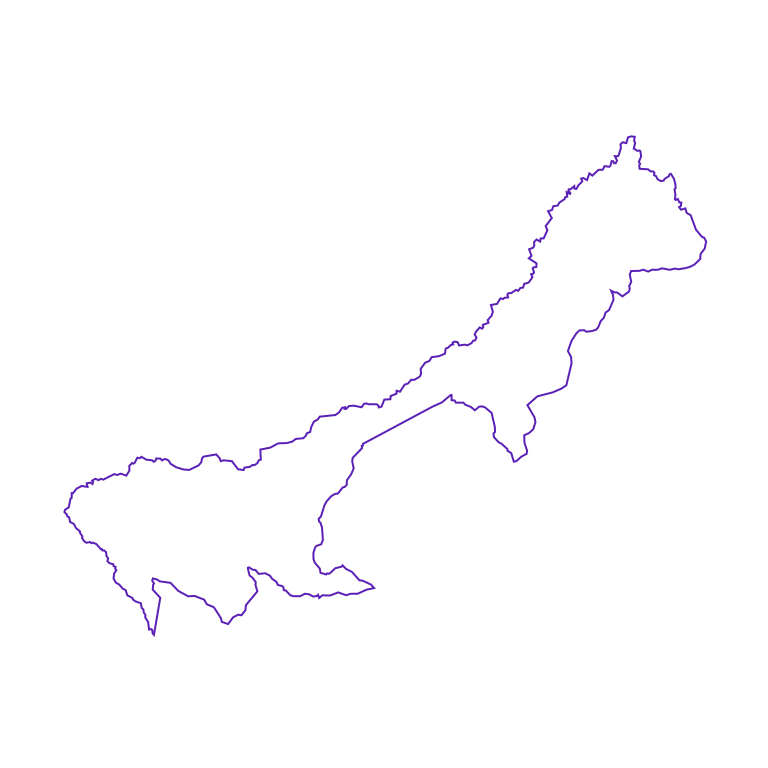 Mira, Carchi, Ecuador, rotated 100°
{"feature_id": "8360857B23467138047954", "entity_name": "Mira", "entity_type": "district", "adm_level": 2, "iso_a3": "ECU", "parent_name": "Ecuador", "parent_adm1": "Carchi", "projection": "mercator", "projection_center": [-78.218, 0.717], "detail": "fine", "context": "isolated", "style": "outline", "palette": "violet", "viewbox_px": 768, "rotation_deg": 100, "n_neighbors": 0, "source": "geoboundaries", "source_scale": "gbopen_adm2", "svg_char_len": 6156}
<svg xmlns="http://www.w3.org/2000/svg" viewBox="0 0 768 768"><g transform="rotate(100 384 384)"><path d="M671.0,567.0L633.4,567.2L626.7,576.0L622.2,576.5L620.3,575.9L618.0,578.1L615.6,577.8L616.0,573.2L617.3,570.8L616.9,559.7L623.5,550.6L627.1,539.9L625.6,533.8L627.6,523.7L631.7,520.2L633.3,513.1L634.4,511.8L643.0,503.9L646.4,502.4L647.5,495.9L640.0,492.1L636.5,487.5L636.5,484.2L630.8,481.2L625.8,481.6L610.2,472.7L603.9,475.8L601.4,475.9L597.7,479.7L595.9,483.1L589.7,485.9L588.5,486.1L588.0,485.1L589.7,481.1L589.5,478.4L592.8,474.3L591.0,468.1L592.6,463.0L595.3,460.3L597.6,455.5L600.3,453.7L600.7,449.2L601.5,447.8L604.4,446.9L604.4,444.9L608.2,439.7L608.7,436.5L607.6,429.9L604.3,425.4L604.1,421.4L605.6,416.8L604.5,413.4L603.0,412.3L606.0,410.7L602.8,408.0L601.7,400.5L597.2,392.9L598.6,384.5L596.4,380.5L595.1,373.5L589.6,365.5L586.7,358.3L583.8,361.9L581.4,370.9L581.6,374.1L574.7,382.8L572.6,389.5L569.8,393.3L571.2,394.0L573.9,400.0L580.2,404.7L580.5,407.3L581.6,407.8L581.0,413.7L576.9,415.2L572.1,421.0L568.7,423.0L562.6,424.2L556.7,423.4L555.2,422.4L552.7,418.0L548.2,417.1L536.1,420.1L531.7,422.5L530.6,424.1L528.1,424.9L525.4,423.1L513.8,421.6L509.5,420.1L503.8,416.6L500.8,413.2L499.8,410.3L492.9,406.6L492.4,405.0L489.9,403.2L485.2,403.8L478.7,400.7L472.4,399.2L465.7,401.9L462.1,402.0L451.0,394.5L448.8,395.2L448.2,394.1L446.6,394.3L397.8,332.2L392.0,323.7L383.1,316.3L383.2,315.5L388.2,314.6L388.0,311.5L389.9,310.0L388.6,302.6L390.3,300.3L391.5,294.4L394.1,290.0L389.7,286.2L389.0,283.2L389.5,280.4L393.8,273.0L407.0,267.4L411.9,266.3L413.8,267.6L417.2,266.5L421.4,261.1L422.4,257.9L426.7,251.1L428.3,250.8L429.9,246.7L438.0,242.6L436.7,240.0L431.8,236.2L428.0,231.5L425.0,231.4L417.7,235.4L410.1,237.0L407.2,232.7L402.7,229.2L395.4,228.2L390.7,230.0L379.9,239.1L369.5,230.8L362.9,216.3L357.8,208.6L353.6,204.2L331.0,202.9L324.8,204.5L319.6,208.6L308.9,206.8L300.6,203.3L297.2,200.8L296.3,196.0L297.4,193.8L295.7,188.3L293.6,184.4L291.0,182.9L284.4,181.5L280.6,179.0L275.2,178.2L272.1,175.2L261.4,172.6L256.6,173.9L252.7,176.5L253.7,173.0L253.4,170.3L256.3,164.4L250.3,158.7L247.0,158.6L244.9,159.6L240.5,158.2L233.6,161.0L229.8,160.2L228.2,152.0L226.4,148.6L227.4,143.3L224.9,139.9L224.1,134.6L221.8,130.2L221.9,122.3L219.8,117.5L219.9,114.0L217.8,107.9L215.4,102.8L212.2,98.8L206.0,94.3L201.1,94.8L194.9,91.7L187.7,91.5L184.3,94.2L183.9,96.4L177.9,103.5L164.5,111.3L163.0,115.6L158.7,117.7L160.8,121.7L158.6,124.1L157.2,122.6L153.7,122.7L153.9,124.7L150.7,126.8L152.1,128.6L151.6,129.6L147.2,129.8L141.9,131.7L140.4,130.8L136.8,131.7L131.7,134.0L127.2,137.9L127.8,139.2L129.8,139.5L133.2,143.2L135.2,144.0L136.1,146.7L134.7,150.3L132.1,152.1L131.5,154.3L128.9,154.4L127.9,155.9L128.3,158.3L126.7,161.3L127.7,169.6L124.5,170.6L122.7,170.0L121.0,171.6L115.3,170.3L110.3,171.9L109.7,172.8L110.4,174.9L108.8,178.9L102.8,178.5L101.2,179.9L97.0,180.0L97.2,183.6L98.7,186.5L104.7,187.2L104.5,191.0L106.9,192.7L110.3,191.7L117.8,192.6L119.2,193.3L119.5,196.2L123.5,193.3L126.3,194.2L126.6,195.8L124.8,197.0L125.0,198.5L129.9,199.0L131.0,199.9L131.1,204.6L135.0,205.8L135.8,209.9L142.6,215.0L140.9,218.3L147.9,219.4L146.6,223.4L147.5,225.5L150.0,223.9L154.6,227.1L158.5,228.5L158.5,230.4L156.1,231.0L160.0,234.3L160.2,235.9L161.7,236.0L163.6,233.6L164.6,233.9L163.4,237.4L167.7,236.1L168.7,238.1L170.5,238.2L174.9,242.8L178.1,243.9L179.5,248.1L183.5,248.8L185.3,252.4L191.4,247.6L200.4,252.2L204.2,249.8L210.9,251.5L212.9,252.1L213.5,255.0L216.6,255.0L215.2,258.9L218.3,260.9L221.6,260.0L223.8,260.7L226.1,264.5L232.2,261.0L235.1,263.2L238.7,254.8L239.7,254.6L242.4,254.4L243.2,257.1L244.3,257.7L247.9,255.6L249.5,256.2L250.3,258.2L253.0,256.4L257.7,258.5L259.5,259.9L260.9,263.2L265.0,263.8L265.7,266.4L269.0,268.0L268.4,270.4L272.3,274.4L273.1,277.5L274.4,278.0L277.2,276.8L278.2,280.3L279.6,281.4L279.4,284.2L285.5,286.6L287.6,292.4L294.0,289.3L298.0,289.9L303.1,293.0L305.5,291.7L308.7,297.0L310.7,296.1L312.5,297.0L311.6,299.5L316.5,302.5L319.6,303.3L322.2,301.0L325.2,301.8L325.9,303.7L328.5,304.9L331.4,308.5L331.2,311.2L333.0,316.8L330.0,318.7L330.0,322.0L331.3,323.6L333.0,322.7L333.8,324.8L337.1,327.2L338.4,329.4L343.5,329.2L347.0,334.6L349.3,341.7L353.4,343.3L355.8,347.1L362.6,350.5L367.5,349.3L370.6,350.1L374.6,354.8L375.1,358.0L379.3,360.4L381.1,363.6L388.8,366.9L388.5,370.4L391.5,370.1L394.6,375.3L397.9,375.1L399.3,381.0L406.7,382.5L408.0,385.1L406.1,385.9L405.2,387.7L406.6,395.4L406.2,397.9L407.0,400.2L410.8,402.0L410.6,410.0L411.8,414.7L415.0,416.8L415.3,418.4L413.7,418.3L414.7,421.1L419.7,423.3L423.0,426.5L427.3,441.6L430.5,443.1L433.1,446.5L439.1,448.2L444.1,448.4L446.1,451.6L448.0,451.7L451.4,454.0L453.4,461.3L456.8,464.5L459.1,469.7L460.8,477.8L466.5,485.1L470.0,494.4L479.9,492.2L481.1,494.2L483.8,494.9L486.5,497.5L486.5,499.3L489.0,501.9L490.5,506.8L493.1,507.3L493.3,512.9L486.4,520.4L487.0,528.6L488.3,531.3L485.6,533.0L482.5,537.0L486.9,549.2L488.6,550.2L492.8,550.4L496.4,552.5L502.5,561.0L503.0,566.7L502.1,574.1L499.7,580.2L496.9,582.7L496.0,585.1L496.1,587.3L497.8,589.3L496.3,591.3L496.9,595.4L499.4,595.7L500.6,597.3L499.4,598.9L499.8,605.0L497.8,610.2L499.4,611.5L499.4,614.1L505.2,616.0L506.0,617.0L505.5,618.3L508.8,620.6L513.7,619.7L519.0,621.9L518.0,627.7L520.0,631.1L519.5,633.9L526.9,643.8L526.6,646.7L528.3,648.3L527.5,651.8L529.8,654.6L531.1,653.5L533.1,653.7L532.1,656.0L533.4,659.5L536.8,658.1L536.9,664.0L540.4,668.5L545.6,671.4L545.7,672.6L550.3,671.8L551.4,672.8L560.3,673.1L563.3,676.3L565.6,676.5L567.5,673.8L569.5,672.7L570.0,670.9L574.4,669.2L575.7,665.0L579.3,662.4L581.9,657.8L583.2,657.7L586.4,654.6L588.2,654.5L590.9,652.0L592.0,649.5L590.7,645.9L591.6,644.6L590.8,643.3L591.5,639.6L595.9,634.0L595.6,633.1L596.8,632.4L596.5,630.7L597.8,628.6L601.8,627.3L603.6,625.4L606.6,625.6L608.2,623.1L608.5,619.3L610.3,618.7L610.7,616.6L612.5,616.7L613.9,615.2L617.5,616.9L622.7,616.5L626.2,613.5L627.5,609.9L630.9,605.8L631.9,602.6L636.7,600.1L638.4,594.5L639.7,594.0L641.2,591.0L642.2,585.4L646.5,583.8L647.7,581.9L650.9,580.8L653.0,578.8L655.2,578.7L659.3,575.0L666.6,572.7L665.8,570.9L666.4,569.6L669.8,568.5L671.0,567.0Z" fill="none" stroke="#5b21b6" stroke-width="2"/></g></svg>